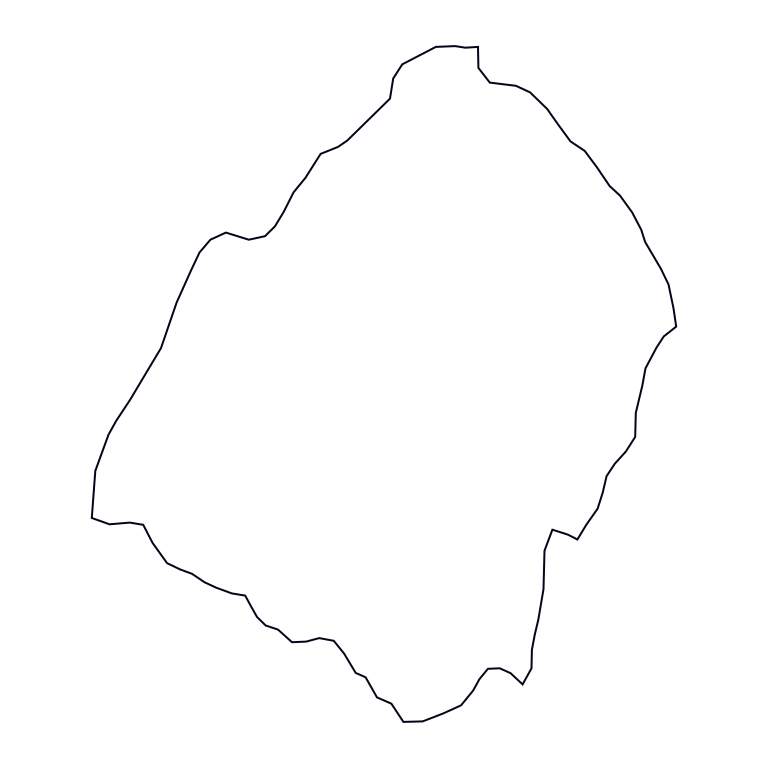 Santa Clara d'Oeste, São Paulo, Brazil (Equal Earth projection)
{"feature_id": "56859067B75197166096167", "entity_name": "Santa Clara d'Oeste", "entity_type": "district", "adm_level": 2, "iso_a3": "BRA", "parent_name": "Brazil", "parent_adm1": "São Paulo", "projection": "equal_earth", "projection_center": [-50.906, -20.066], "detail": "fine", "context": "isolated", "style": "outline", "palette": "ink", "viewbox_px": 768, "rotation_deg": 0, "n_neighbors": 0, "source": "geoboundaries", "source_scale": "gbopen_adm2", "svg_char_len": 1337}
<svg xmlns="http://www.w3.org/2000/svg" viewBox="0 0 768 768"><path d="M95.3,470.9L91.8,518.0L109.5,524.3L129.8,522.6L143.2,524.8L152.7,543.1L167.1,563.2L180.3,569.5L192.0,573.8L204.6,582.3L216.2,587.7L231.8,593.4L245.2,595.6L251.1,606.5L257.1,617.1L265.7,625.5L278.0,629.6L292.0,642.2L306.2,641.6L319.2,638.1L333.8,640.8L344.1,653.6L355.7,672.9L365.6,677.3L377.0,697.4L391.4,703.7L403.4,721.9L422.6,721.4L443.1,713.5L461.1,705.3L473.1,690.6L479.4,679.2L487.9,668.8L499.7,668.3L510.6,673.2L522.6,684.4L531.5,668.3L531.9,649.8L534.8,634.5L538.4,619.3L543.5,589.1L544.5,550.7L552.4,529.7L567.8,534.6L577.4,539.5L586.3,524.8L597.6,508.7L602.7,492.7L606.6,476.1L614.9,463.6L625.8,451.6L635.2,436.9L635.8,412.9L642.3,385.7L645.5,368.3L656.5,347.6L663.8,336.4L676.2,326.6L673.5,308.3L668.5,284.4L660.8,268.6L645.1,241.9L641.3,229.9L632.2,212.5L620.0,195.6L609.7,186.1L596.7,167.0L584.7,150.9L570.5,141.4L558.1,124.5L547.2,109.0L530.1,92.4L515.9,85.8L489.8,82.6L478.4,67.9L478.0,46.9L465.4,47.7L455.1,46.1L435.8,46.9L402.3,64.3L393.2,78.5L390.0,98.6L347.2,140.6L338.0,146.9L320.6,153.9L305.6,177.6L293.6,192.3L283.7,211.9L274.9,226.4L265.0,236.2L248.8,239.7L225.9,232.6L210.4,239.7L199.5,252.5L191.0,270.5L176.6,302.6L161.0,348.1L146.8,371.8L130.1,399.8L116.2,420.8L108.5,434.7L95.3,470.9Z" fill="none" stroke="#020617" stroke-width="2"/></svg>